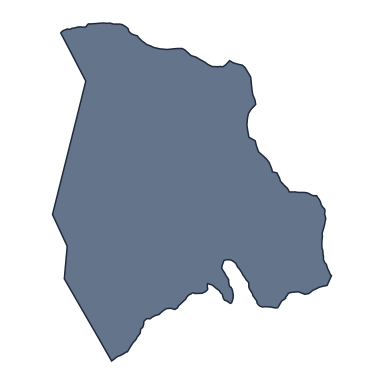 Phuntsthothang, Samdrup Jongkhar, Bhutan, rotated 90°
{"feature_id": "84629894B82317088432699", "entity_name": "Phuntsthothang", "entity_type": "district", "adm_level": 2, "iso_a3": "BTN", "parent_name": "Bhutan", "parent_adm1": "Samdrup Jongkhar", "projection": "orthographic", "projection_center": [91.692, 26.867], "detail": "fine", "context": "isolated", "style": "filled", "palette": "slate", "viewbox_px": 384, "rotation_deg": 90, "n_neighbors": 0, "source": "geoboundaries", "source_scale": "gbopen_adm2", "svg_char_len": 3919}
<svg xmlns="http://www.w3.org/2000/svg" viewBox="0 0 384 384"><g transform="rotate(90 192 192)"><path d="M32.9,323.3L45.2,316.8L81.1,298.2L119.8,307.8L214.5,331.5L246.2,316.8L278.8,319.7L336.8,286.2L361.0,272.4L359.9,270.9L358.7,269.3L358.1,268.6L356.8,266.9L356.2,265.8L355.5,263.5L354.6,262.1L354.0,260.8L353.3,259.7L352.1,258.1L352.0,257.0L351.1,256.1L349.3,255.1L347.3,253.9L345.1,252.5L342.9,251.1L340.8,249.2L339.2,247.8L337.4,247.1L334.4,244.7L333.2,243.8L330.4,243.5L328.8,243.1L327.7,241.7L327.0,241.1L323.9,240.2L322.7,240.3L320.9,239.8L318.6,237.2L318.8,235.0L318.8,233.9L317.3,232.1L316.4,230.5L315.4,228.4L314.6,225.2L314.0,224.5L312.4,222.9L310.2,220.1L308.6,217.5L308.3,213.0L309.5,209.3L308.0,206.6L306.8,206.1L305.5,205.3L304.5,204.0L303.3,202.7L302.5,202.0L301.6,200.9L300.6,199.9L299.6,198.7L299.0,198.2L298.0,197.7L297.1,197.3L296.5,196.7L295.5,195.8L294.9,195.1L294.6,194.4L294.2,193.5L293.6,192.5L293.1,192.0L292.8,191.1L293.1,190.0L293.5,189.3L293.5,188.2L293.4,184.9L293.3,183.4L293.3,182.4L293.1,181.5L292.3,179.8L291.7,178.6L290.5,177.2L289.8,176.5L288.9,176.3L287.7,176.5L286.1,176.7L285.2,176.7L283.6,176.3L285.2,171.4L288.3,167.9L290.6,164.7L292.7,163.4L294.2,161.7L296.1,161.3L298.7,160.5L300.3,159.3L300.7,157.8L302.0,155.7L303.4,153.7L302.8,152.4L301.4,151.9L297.9,150.8L294.7,150.8L292.1,151.2L289.3,151.9L287.3,153.0L286.5,154.4L283.7,155.1L281.1,155.4L280.2,155.2L278.3,156.1L275.4,158.2L272.8,159.4L271.6,160.3L269.4,161.7L267.6,162.3L264.7,161.6L262.4,160.7L260.4,160.0L259.8,157.6L259.8,154.6L260.2,152.8L260.7,151.7L261.9,150.0L263.0,148.5L265.0,147.4L267.4,146.2L268.6,144.9L272.0,142.6L274.9,141.1L278.1,138.8L279.8,137.9L281.3,136.4L282.7,135.3L284.6,135.2L287.1,135.2L288.6,134.7L290.7,133.4L294.1,131.4L295.6,131.1L297.4,129.8L298.6,128.9L300.7,127.5L301.8,127.1L302.8,127.0L304.4,126.0L306.0,124.3L306.5,123.1L307.0,121.5L306.8,119.7L306.7,118.4L307.1,112.9L307.5,111.1L307.9,108.9L307.8,106.4L306.4,105.4L303.9,104.0L302.4,103.1L301.2,102.5L299.3,99.7L298.3,98.4L297.5,98.5L296.8,98.0L295.5,97.0L294.3,96.2L293.2,95.6L292.4,92.6L292.0,88.5L291.9,86.8L291.9,85.2L292.2,84.4L293.0,82.5L293.6,80.8L294.3,79.3L294.1,77.9L293.9,76.9L293.6,75.3L290.2,70.9L288.9,68.0L287.1,64.4L286.2,60.6L285.4,56.9L275.7,52.5L275.1,53.3L274.2,53.7L273.5,54.2L271.4,55.0L269.4,56.0L267.6,56.7L264.3,57.7L262.3,59.5L260.8,60.0L259.4,60.6L256.1,60.5L255.3,60.8L250.0,61.3L248.2,62.0L243.2,62.2L239.1,61.9L235.9,61.5L234.7,61.8L233.1,61.8L227.3,60.1L223.1,59.1L221.9,59.0L218.8,58.2L216.0,58.8L215.3,59.1L213.7,59.4L211.2,59.0L209.9,59.1L208.6,59.7L207.1,61.3L204.5,62.9L201.7,63.6L199.3,64.9L197.2,66.5L195.7,67.3L195.7,68.7L195.6,70.9L195.2,72.0L194.5,73.4L193.6,75.0L192.8,77.0L192.5,79.2L192.4,81.7L192.4,83.8L192.4,85.9L192.1,87.8L191.9,89.3L192.0,92.4L191.9,94.0L191.8,94.9L190.8,95.2L188.3,96.6L185.3,99.8L181.3,103.5L178.1,104.5L174.9,106.1L172.9,107.1L171.8,111.6L168.5,112.4L162.4,114.9L158.5,118.0L151.9,125.4L146.2,127.5L140.8,128.8L137.2,135.1L131.2,136.2L124.9,137.1L118.1,136.5L113.4,135.5L109.3,132.9L106.2,130.0L104.4,128.3L100.1,129.0L94.5,131.3L88.9,132.1L77.0,133.3L71.2,136.8L67.8,138.8L65.2,141.6L64.1,146.4L62.8,150.8L60.6,154.4L62.1,155.7L64.9,158.4L66.8,161.1L66.5,163.2L66.7,166.6L66.5,171.9L64.4,176.2L62.4,178.8L59.5,184.0L57.1,188.0L55.6,192.9L51.8,197.1L49.9,199.1L48.5,201.8L48.5,206.6L48.9,211.3L49.5,216.8L49.2,219.9L48.9,223.8L47.5,230.1L45.7,233.9L44.8,236.9L43.0,239.2L41.1,241.8L38.5,244.6L35.7,246.9L35.1,249.3L33.7,252.8L31.4,255.1L28.7,255.9L26.7,258.2L24.7,261.6L24.1,264.1L24.1,267.8L24.1,270.5L23.1,273.9L23.3,277.4L23.0,280.5L23.3,285.3L23.6,289.0L23.9,293.0L23.9,295.6L25.1,296.9L26.7,297.8L27.1,299.4L27.2,301.4L26.9,302.7L26.8,304.0L27.2,307.0L28.1,310.0L28.2,312.0L28.8,313.0L29.4,314.2L29.3,315.2L28.9,316.5L29.2,317.3L29.6,318.3L30.1,319.5L30.4,320.4L31.6,322.2L32.3,322.7L32.9,323.3Z" fill="#64748b" stroke="#1e293b" stroke-width="1.5"/></g></svg>